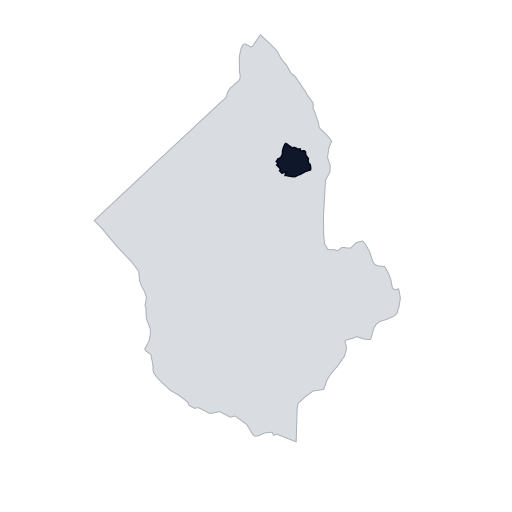 Kyenjojo highlighted on a map of Uganda, rotated 137°
{"feature_id": "UGA-3107", "entity_name": "Kyenjojo", "entity_type": "District", "adm_level": 1, "iso_a3": "UGA", "parent_name": "Uganda", "parent_adm1": "", "projection": "albers", "projection_center": [30.656, 0.613], "detail": "fine", "context": "in_parent", "style": "filled", "palette": "ink", "viewbox_px": 512, "rotation_deg": 137, "n_neighbors": 0, "source": "natural_earth", "source_scale": "10m", "svg_char_len": 3040}
<svg xmlns="http://www.w3.org/2000/svg" viewBox="0 0 512 512"><g transform="rotate(137 256 256)"><path d="M350.1,392.3L343.8,392.3L333.6,392.3L323.4,392.3L313.2,392.4L303.0,392.4L292.8,392.4L282.6,392.4L272.4,392.5L262.1,392.5L251.9,392.5L241.7,392.5L231.5,392.5L221.3,392.5L211.1,392.5L200.9,392.5L190.7,392.5L180.5,392.5L174.5,392.5L173.3,392.4L172.4,392.1L168.6,392.9L164.6,395.4L160.3,396.4L155.8,396.0L155.2,396.3L152.9,396.2L149.6,396.0L146.6,396.7L144.4,398.9L142.0,402.7L137.8,407.0L134.6,410.8L131.8,413.5L125.4,418.0L121.9,419.3L120.2,419.1L119.1,418.3L117.2,412.5L115.9,411.6L103.5,414.6L101.7,414.6L101.8,412.8L100.9,399.3L100.8,391.1L102.4,385.9L103.4,380.0L103.5,374.7L105.8,365.8L104.9,360.4L107.9,341.6L108.7,338.6L109.8,329.5L111.6,326.7L113.3,325.6L115.4,320.0L119.4,311.1L122.3,306.5L121.7,296.5L122.1,289.6L122.7,288.1L128.7,285.6L136.5,279.3L139.8,271.9L144.4,267.1L153.4,264.1L180.0,238.6L192.4,224.9L197.8,217.8L198.0,215.3L199.0,212.0L196.9,209.4L194.3,207.1L193.4,204.9L191.2,203.8L188.0,203.9L185.9,202.3L183.5,199.2L181.1,197.2L173.6,197.4L167.8,194.3L167.9,190.0L170.1,181.5L174.5,171.8L174.8,169.1L174.2,166.8L173.1,164.9L171.1,162.9L169.2,160.6L170.7,153.6L173.5,146.8L175.7,143.4L178.0,139.5L177.3,136.4L174.1,134.8L175.8,131.8L179.3,126.6L186.0,121.4L192.0,117.9L196.0,117.9L203.7,120.6L210.7,123.9L214.6,124.1L219.3,122.7L228.9,116.9L231.2,118.7L234.1,122.3L237.2,128.1L243.2,130.7L246.2,132.6L248.3,133.1L249.4,132.6L251.7,128.0L254.5,125.5L259.7,122.4L271.1,119.9L279.2,119.1L282.6,118.5L288.4,117.0L297.5,112.3L306.5,118.4L316.2,119.5L325.6,119.5L328.5,117.6L330.1,116.2L340.0,106.2L353.4,92.7L362.4,111.7L365.4,112.8L365.0,114.4L364.3,116.0L370.1,120.6L377.3,123.0L379.9,125.3L380.1,127.8L377.7,139.0L378.2,142.1L380.5,153.3L384.8,155.7L388.7,166.9L396.4,171.7L397.5,173.0L399.3,178.4L401.6,184.4L403.5,185.8L404.6,186.1L406.9,192.4L405.6,196.0L407.4,206.7L410.3,216.3L411.1,227.8L411.2,232.9L411.1,236.0L410.5,240.4L409.1,242.9L406.7,245.4L404.0,249.3L401.6,253.4L400.1,255.5L401.3,261.7L401.0,263.3L400.4,264.1L396.9,265.1L392.5,266.7L389.8,268.4L385.9,271.6L382.9,275.0L378.9,285.0L372.1,292.9L371.0,295.4L364.6,300.1L361.8,305.9L360.0,312.9L357.5,318.0L352.2,324.9L351.0,335.8L351.2,357.7L349.9,382.5L350.1,392.3Z" fill="#d9dde1" stroke="#a8b0b8" stroke-width="1"/><path d="M152.2,302.5L149.7,300.8L148.8,299.9L148.8,298.4L149.7,297.2L150.6,296.4L150.9,294.7L151.3,291.4L152.6,290.6L153.7,288.9L154.4,287.0L154.1,286.6L153.9,286.2L154.8,284.6L155.9,283.1L157.3,281.8L162.3,284.1L167.7,285.4L170.3,286.6L173.0,287.2L175.2,289.1L178.1,292.9L178.8,294.2L179.8,295.1L178.3,295.9L177.1,296.2L177.8,297.4L179.6,298.4L180.6,298.9L180.6,302.3L179.3,302.5L178.8,303.3L178.8,308.5L176.8,308.6L176.7,311.4L175.5,311.4L173.8,312.1L172.4,311.6L170.8,311.1L169.2,311.7L167.2,312.5L165.0,314.7L162.2,316.5L159.0,317.9L157.6,318.1L156.9,316.6L156.7,314.4L156.1,312.4L156.0,310.4L154.2,309.6L153.3,308.2L152.6,305.8L150.6,304.1L151.4,302.8L152.2,302.5Z" fill="#0f172a" stroke="#020617" stroke-width="1.5"/></g></svg>